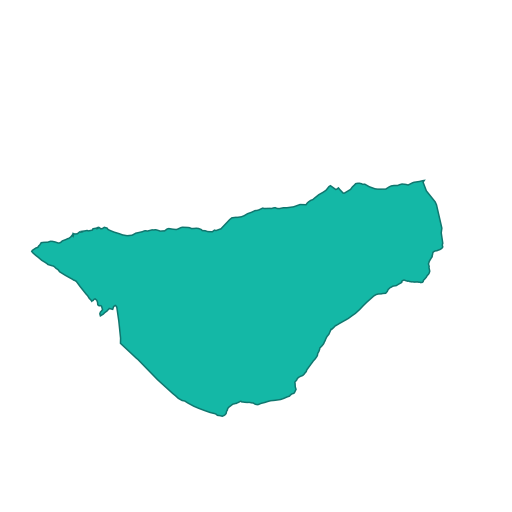 the district of Vlahita, Harghita, Romania, rotated 55°
{"feature_id": "2599482B50254025578700", "entity_name": "Vlahita", "entity_type": "district", "adm_level": 2, "iso_a3": "ROU", "parent_name": "Romania", "parent_adm1": "Harghita", "projection": "orthographic", "projection_center": [25.586, 46.382], "detail": "fine", "context": "isolated", "style": "filled", "palette": "teal", "viewbox_px": 512, "rotation_deg": 55, "n_neighbors": 0, "source": "geoboundaries", "source_scale": "gbopen_adm2", "svg_char_len": 6100}
<svg xmlns="http://www.w3.org/2000/svg" viewBox="0 0 512 512"><g transform="rotate(55 256 256)"><path d="M367.9,375.6L368.3,373.6L368.3,372.8L368.3,372.4L367.9,370.9L367.4,370.3L366.9,369.8L366.4,369.3L365.7,367.7L365.3,367.4L365.1,367.1L364.8,366.8L364.6,366.2L364.3,365.2L364.2,364.0L364.2,363.2L364.2,362.9L364.1,361.3L364.1,360.5L364.1,360.0L364.2,359.7L364.2,359.4L364.7,358.4L364.9,357.9L364.9,357.6L365.1,357.2L365.3,356.9L365.5,356.6L365.5,355.8L365.8,354.5L366.0,353.0L366.1,352.2L366.3,351.8L366.4,351.7L366.7,351.5L367.1,351.4L367.3,351.4L367.5,351.2L368.2,350.3L369.2,349.3L370.7,347.5L371.1,346.9L372.2,345.3L373.9,343.7L374.8,342.6L376.7,341.8L377.5,341.2L377.9,340.8L378.6,340.1L379.0,339.3L379.2,338.4L379.3,337.7L379.8,335.9L380.8,333.4L381.1,332.6L381.8,330.2L382.6,327.9L383.0,326.9L384.8,323.8L387.6,318.3L387.8,317.7L388.6,314.8L389.3,311.3L390.0,308.9L389.7,308.0L389.6,306.6L389.5,305.9L390.1,304.0L390.1,303.1L389.6,302.2L388.2,299.7L385.7,298.9L382.8,297.1L381.8,296.7L381.4,295.9L381.2,294.9L380.8,293.5L380.3,292.9L380.1,292.3L379.9,291.1L379.9,289.8L380.1,288.5L380.4,287.4L380.6,286.6L380.6,285.6L380.3,284.0L379.9,283.3L379.9,282.5L379.4,281.0L378.6,280.0L378.2,279.2L378.0,278.5L377.4,276.8L375.9,272.4L375.4,270.8L374.9,269.5L374.2,266.4L373.7,265.1L373.2,263.7L372.4,262.4L371.4,261.6L370.5,259.9L370.4,259.5L369.4,258.1L368.9,257.4L368.3,256.8L367.9,256.3L367.8,255.2L367.6,254.7L367.5,253.7L367.2,252.7L366.9,251.6L366.5,250.6L366.2,250.2L365.5,249.1L365.3,248.5L365.0,248.0L363.8,246.2L362.8,244.3L362.5,243.5L362.4,243.0L361.9,241.2L359.1,236.6L359.5,236.2L359.5,235.8L359.3,235.6L359.4,235.2L359.2,234.7L359.3,234.2L358.6,230.6L358.9,230.2L358.9,229.0L359.0,228.6L359.1,226.5L359.2,225.6L360.1,216.2L360.0,211.8L360.0,207.5L359.3,201.9L358.2,196.6L357.4,191.7L356.3,182.5L356.5,179.7L357.2,177.7L358.9,175.0L359.4,173.7L360.9,171.2L360.7,170.2L360.5,169.7L360.4,169.0L360.1,168.4L359.3,167.1L359.2,166.9L359.2,166.5L359.1,166.2L359.1,165.6L358.9,164.9L358.9,164.0L359.1,163.2L359.1,162.4L359.2,162.1L359.1,161.6L359.6,160.3L360.7,158.1L360.8,156.5L360.8,156.1L361.2,152.2L361.1,151.6L360.4,151.2L360.3,150.6L360.3,149.8L360.4,149.0L360.7,148.4L362.6,147.1L362.9,146.7L363.5,146.4L364.1,145.3L364.4,145.2L365.3,144.6L365.6,144.2L366.6,143.2L367.1,142.3L368.0,141.5L368.0,141.4L368.6,140.7L368.8,140.3L369.0,139.7L369.7,139.1L369.7,138.7L370.4,138.1L370.6,137.8L370.8,137.7L371.1,137.3L371.5,136.7L371.8,136.5L372.2,136.4L372.9,135.1L373.0,134.6L372.8,133.7L372.4,133.4L372.2,133.0L371.8,132.3L371.7,131.3L371.1,128.9L371.0,128.6L370.2,126.9L370.1,126.6L370.0,125.6L369.6,124.5L369.2,123.8L368.1,122.4L367.0,121.9L364.8,121.0L363.8,120.1L362.0,119.5L361.3,119.2L360.9,118.6L360.4,117.9L359.9,117.4L359.6,116.8L359.4,116.2L359.0,115.6L358.7,115.0L358.6,114.4L358.1,113.6L357.9,112.7L357.4,111.9L356.9,111.8L356.4,110.9L355.8,110.3L354.6,109.1L354.4,107.9L354.5,107.3L354.6,106.7L354.8,105.8L355.4,105.0L355.8,103.1L355.8,102.8L356.0,102.4L356.2,102.0L356.2,101.0L356.3,100.8L356.3,99.5L355.9,98.1L355.3,97.6L354.1,97.3L352.7,95.9L352.7,95.7L343.3,91.0L339.8,87.8L317.6,78.8L314.4,78.2L300.4,79.1L291.3,76.8L290.6,74.9L290.0,76.1L288.7,79.4L286.2,84.4L285.8,85.9L285.1,90.7L283.3,92.2L280.8,95.1L280.0,97.3L279.5,99.5L277.4,102.5L276.2,105.0L275.8,107.2L275.6,111.4L271.2,117.8L269.2,120.0L264.2,123.5L259.6,125.7L258.4,127.6L257.3,128.1L255.6,129.7L254.6,131.3L253.9,132.9L254.3,134.5L254.7,137.4L255.7,140.4L255.2,147.5L254.6,148.5L249.4,149.3L247.5,149.4L247.6,151.4L247.3,152.5L241.1,154.7L241.0,156.4L242.3,160.8L242.3,164.3L241.8,169.4L242.0,172.3L242.1,174.3L242.4,177.0L241.8,179.4L241.8,181.8L242.0,183.6L242.7,185.6L239.1,190.4L237.3,197.0L234.1,203.2L232.2,205.9L230.5,209.8L229.1,211.5L227.4,212.6L226.7,214.0L226.0,216.0L224.6,217.8L222.0,221.8L220.6,223.1L219.9,227.2L219.3,229.0L218.3,230.7L217.6,234.7L216.5,238.7L216.2,242.7L215.5,245.5L213.8,248.9L212.6,250.6L210.9,253.9L211.1,256.7L211.9,260.6L213.7,269.5L213.4,269.8L212.5,273.3L212.2,274.2L211.0,275.2L211.1,277.9L208.3,281.6L206.1,283.2L204.4,285.4L202.9,285.7L200.5,287.3L199.0,289.0L198.0,290.8L196.6,293.0L194.6,294.3L193.6,295.4L190.3,299.7L189.7,301.1L189.0,305.0L188.6,306.1L186.4,308.7L183.5,311.7L182.9,313.3L183.0,316.5L182.1,317.8L180.7,320.2L179.8,320.8L178.0,322.2L176.9,323.2L175.9,325.0L175.0,326.1L173.3,330.7L172.0,331.9L171.4,333.1L170.9,335.2L168.8,340.4L168.4,341.1L167.9,345.6L166.1,348.8L166.1,349.0L165.2,350.2L162.2,353.2L159.3,355.2L155.1,358.5L152.5,360.2L150.9,361.2L149.4,362.0L147.7,362.0L145.5,363.8L145.4,366.1L144.7,367.5L142.8,368.1L142.5,370.1L141.9,369.4L141.6,370.9L140.5,373.2L140.2,374.0L140.9,375.1L140.0,377.4L139.2,379.1L138.2,379.7L137.5,381.4L135.8,384.7L136.5,384.6L135.8,386.2L135.1,386.6L135.3,389.6L134.5,391.1L133.9,391.9L133.2,392.6L134.3,393.8L133.0,393.4L134.7,395.9L133.7,395.3L134.2,397.1L134.2,399.2L134.0,399.8L133.7,400.5L133.6,401.8L132.6,405.8L132.6,407.1L132.9,408.1L132.7,408.9L132.5,409.7L131.9,410.6L129.4,412.4L127.2,414.4L126.0,416.0L125.3,418.6L123.1,422.0L121.9,424.3L123.0,426.9L123.1,428.2L123.8,429.9L123.2,431.6L123.1,436.0L123.6,437.1L125.8,436.9L129.4,436.0L132.2,435.1L136.6,434.0L140.2,432.4L142.9,431.4L143.5,431.4L146.7,428.9L148.1,427.7L149.6,427.2L151.4,426.9L153.6,426.0L156.3,425.9L162.4,423.3L170.0,419.6L171.2,419.2L171.9,418.5L172.5,418.2L172.8,418.3L173.4,417.8L175.3,417.7L180.2,417.6L190.0,417.0L191.9,416.7L195.3,416.9L196.9,416.5L198.9,416.5L198.7,415.7L199.0,414.9L198.6,413.8L198.8,412.4L200.9,411.8L203.1,412.4L205.2,413.6L206.8,413.1L207.7,411.5L208.7,411.4L211.1,412.2L211.9,412.5L212.5,414.5L212.7,415.6L213.8,417.1L215.8,417.8L216.0,414.5L215.6,412.1L215.6,410.8L215.6,409.6L215.2,408.4L215.2,407.3L214.8,406.3L217.5,404.0L215.8,401.7L215.7,399.9L216.0,399.4L218.1,399.4L230.8,405.8L245.7,414.1L249.8,417.1L271.2,412.6L272.8,412.1L300.8,407.6L320.8,403.1L324.3,402.1L328.0,401.3L332.0,399.4L333.8,397.6L337.4,396.1L343.4,393.1L347.9,390.3L353.6,386.4L357.8,383.4L361.8,379.9L362.5,379.5L364.4,379.0L365.9,377.3L367.3,376.0L367.9,375.6Z" fill="#14b8a6" stroke="#0f766e" stroke-width="1.5"/></g></svg>